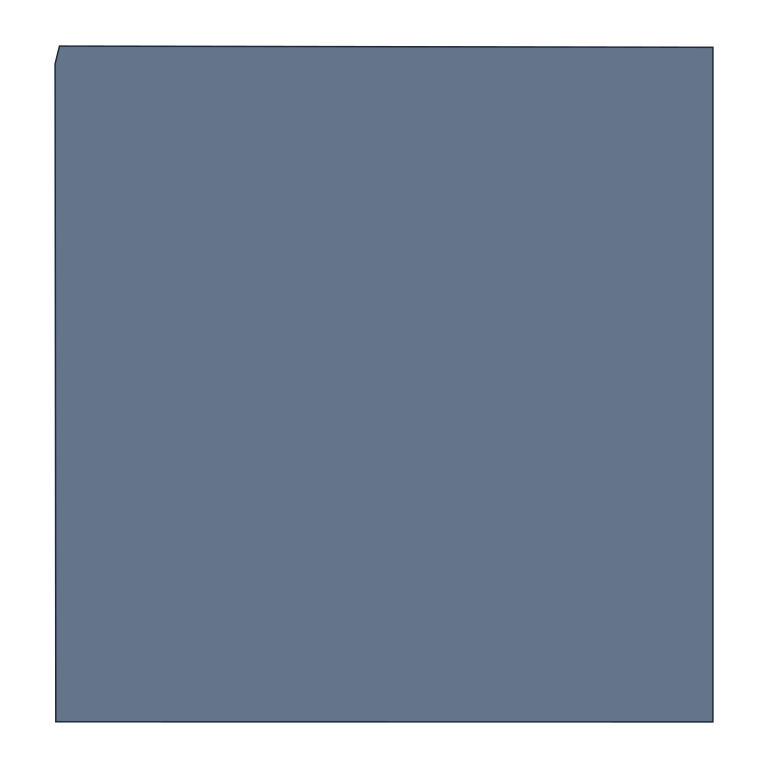 outline of Adams, Nebraska, United States of America
{"feature_id": "52423323B10491210424297", "entity_name": "Adams", "entity_type": "district", "adm_level": 2, "iso_a3": "USA", "parent_name": "United States of America", "parent_adm1": "Nebraska", "projection": "mercator", "projection_center": [-98.47, 40.525], "detail": "fine", "context": "isolated", "style": "filled", "palette": "slate", "viewbox_px": 768, "rotation_deg": 0, "n_neighbors": 0, "source": "geoboundaries", "source_scale": "gbopen_adm2", "svg_char_len": 208}
<svg xmlns="http://www.w3.org/2000/svg" viewBox="0 0 768 768"><path d="M705.9,47.3L59.5,46.1L55.1,63.8L55.8,721.8L712.9,721.9L712.9,47.3L705.9,47.3Z" fill="#64748b" stroke="#1e293b" stroke-width="1.5"/></svg>